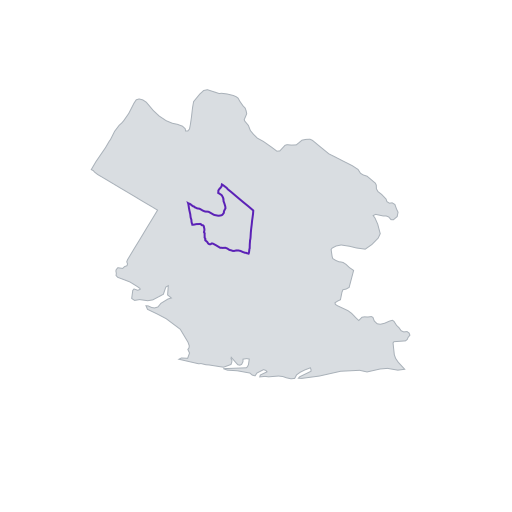 Lopè, Ogooué-Ivindo, Gabon (highlighted), rotated 301°
{"feature_id": "22940354B97125723234680", "entity_name": "Lopè", "entity_type": "district", "adm_level": 2, "iso_a3": "GAB", "parent_name": "Gabon", "parent_adm1": "Ogooué-Ivindo", "projection": "equal_earth", "projection_center": [11.763, -0.029], "detail": "fine", "context": "in_parent", "style": "outline", "palette": "violet", "viewbox_px": 512, "rotation_deg": 301, "n_neighbors": 0, "source": "geoboundaries", "source_scale": "gbopen_adm2", "svg_char_len": 6147}
<svg xmlns="http://www.w3.org/2000/svg" viewBox="0 0 512 512"><g transform="rotate(301 256 256)"><path d="M331.5,78.6L331.3,82.8L327.8,93.0L326.1,100.9L325.7,109.3L326.7,116.0L328.4,120.8L329.4,126.1L328.6,129.8L326.9,131.3L328.1,133.2L330.6,133.6L335.0,132.0L341.7,129.2L350.5,125.2L356.2,123.0L365.8,124.4L370.9,125.9L373.5,128.7L376.3,140.8L377.7,142.6L380.0,147.8L381.9,153.9L382.3,157.0L382.1,159.3L380.2,162.6L378.0,167.5L377.2,170.5L375.4,172.7L373.1,174.8L366.7,175.7L365.8,177.0L364.0,182.2L360.6,186.6L359.1,190.8L357.7,196.4L358.0,203.3L357.3,213.2L356.6,219.9L358.3,222.3L365.9,223.9L367.4,225.3L369.4,229.4L372.0,233.3L379.0,235.8L381.7,238.8L383.9,242.1L384.2,244.8L382.6,255.5L381.1,265.9L381.7,273.8L382.2,281.3L383.0,292.3L382.7,299.0L380.7,303.0L380.7,306.2L381.6,310.1L379.9,320.8L378.7,322.6L375.6,324.6L374.0,327.4L373.5,331.9L371.8,338.1L370.0,340.3L370.0,343.2L371.7,345.3L371.7,348.5L368.6,352.3L366.7,355.2L362.5,356.7L357.8,355.1L356.7,353.0L357.8,349.7L357.4,347.1L355.8,344.3L353.3,337.1L351.0,335.6L349.8,338.5L345.9,344.0L339.1,351.0L334.3,351.5L325.5,349.4L318.1,346.1L314.6,337.9L312.5,331.1L309.3,323.3L305.8,319.5L302.0,317.2L300.3,317.0L294.9,321.4L293.3,323.1L293.3,326.8L293.8,330.2L294.6,331.8L295.3,334.0L295.2,337.4L294.2,342.0L293.9,347.1L277.0,352.0L274.0,350.2L271.9,347.9L269.3,348.3L262.0,350.9L259.3,349.1L256.6,347.8L255.4,348.9L255.3,351.1L256.5,362.9L256.1,367.4L254.5,373.3L253.6,377.3L258.1,378.4L259.7,380.3L261.3,383.3L263.5,386.1L263.6,387.8L261.2,390.9L260.3,394.7L261.5,397.7L264.5,400.8L269.0,404.0L271.2,406.1L271.0,408.0L268.9,412.2L268.1,415.7L266.7,418.8L267.0,421.7L269.0,424.4L268.8,426.9L267.4,428.7L264.6,428.3L262.3,428.6L260.2,427.8L253.6,418.4L252.1,418.2L242.6,425.4L240.2,428.3L238.2,432.6L235.5,441.8L231.2,436.4L227.4,426.6L223.1,420.6L213.8,410.9L211.4,403.7L200.8,387.9L185.7,372.1L174.7,358.3L173.1,355.3L174.9,355.6L185.5,362.5L186.9,361.7L188.2,360.2L183.6,356.6L179.2,353.8L175.1,352.0L171.0,352.2L168.8,349.3L167.3,344.9L166.5,341.1L164.7,337.1L158.9,329.0L157.5,325.8L154.3,321.5L156.2,321.0L162.4,325.1L163.0,323.4L162.5,321.0L156.2,317.1L152.8,316.9L152.0,314.1L152.5,311.0L148.0,299.1L143.4,290.2L142.6,286.0L155.2,305.3L156.8,305.7L159.0,305.5L164.2,303.3L163.2,300.8L160.9,298.0L158.6,299.3L155.7,299.5L154.1,298.4L153.4,296.4L156.4,287.0L155.1,287.5L154.2,289.1L152.6,289.9L150.1,290.4L143.9,285.4L138.4,271.8L137.0,269.1L135.5,264.3L134.1,262.4L127.8,243.1L130.2,244.6L133.1,250.1L138.6,249.0L140.8,245.7L142.7,245.9L144.6,245.1L147.1,242.1L154.2,228.8L156.0,211.3L155.4,200.9L154.4,190.5L156.7,187.3L157.7,189.4L158.1,193.1L159.2,195.8L161.8,198.2L166.5,198.9L173.8,202.7L176.4,205.1L177.1,200.3L185.4,196.1L182.9,194.7L175.5,196.3L165.2,190.1L161.9,186.2L158.7,178.7L155.4,174.8L155.6,171.3L163.0,168.1L164.9,168.4L165.7,172.3L167.7,173.9L168.4,173.3L168.7,170.0L168.8,161.2L166.5,148.5L167.2,146.1L169.2,145.2L171.0,143.6L172.3,143.2L174.8,143.6L176.0,146.5L176.7,148.1L179.2,148.8L181.2,150.4L183.0,150.0L184.5,148.2L186.6,147.8L193.3,147.8L199.4,147.8L211.4,147.9L223.5,147.9L235.5,148.0L244.6,148.0L244.6,140.8L244.5,129.6L244.5,116.4L244.4,103.8L244.4,92.1L244.3,78.2L244.8,74.3L245.4,72.6L245.2,70.3L254.5,70.2L271.4,71.2L278.8,71.1L280.9,71.3L290.1,70.6L297.6,71.4L300.8,72.4L303.6,72.9L312.6,73.5L324.3,72.7L328.2,72.9L330.4,74.9L331.5,78.6Z" fill="#d9dde1" stroke="#a8b0b8" stroke-width="1"/><path d="M254.9,192.2L254.8,192.7L254.6,193.0L254.5,193.4L254.5,193.7L254.7,194.0L254.9,194.3L255.0,194.8L254.9,195.2L254.8,195.6L254.6,196.0L253.8,196.6L253.4,197.1L252.5,197.9L251.7,198.4L250.8,198.8L249.7,199.1L249.3,199.6L249.2,200.1L248.9,200.4L247.7,201.0L247.1,201.4L246.4,201.9L245.7,202.2L245.3,202.5L245.1,202.9L244.8,203.5L244.6,203.8L244.3,204.0L243.9,204.0L243.5,204.2L243.3,204.6L243.2,205.2L243.1,206.0L243.0,206.6L242.9,207.0L242.6,207.6L242.3,208.1L242.1,208.6L242.0,209.3L242.1,209.9L242.3,210.5L242.6,210.9L243.0,211.2L243.7,211.4L244.0,211.6L244.2,212.0L244.4,212.7L244.5,214.1L244.6,216.3L244.6,218.8L244.6,220.2L244.6,221.0L244.8,221.4L245.2,222.0L245.6,223.0L246.3,224.0L246.7,224.7L247.2,225.3L247.4,226.2L247.6,227.2L247.6,228.2L247.6,228.9L247.5,229.6L247.6,230.4L247.9,231.2L248.2,232.3L248.3,233.1L248.6,233.9L249.1,234.7L249.7,235.3L250.3,235.9L250.7,236.3L250.8,236.9L251.5,237.6L251.9,238.8L252.3,239.9L252.5,241.2L252.6,242.5L252.9,243.8L253.1,244.9L253.6,245.8L253.7,246.5L253.7,247.1L253.9,247.3L254.1,247.6L254.2,248.4L255.0,248.3L255.6,248.1L256.1,247.9L256.8,247.5L257.5,247.3L258.4,246.8L259.4,246.6L260.4,246.0L261.3,245.5L262.9,244.6L263.9,244.1L265.3,243.4L266.4,242.8L267.7,242.4L269.4,241.6L273.4,239.5L276.3,238.1L280.8,236.1L284.4,234.4L286.8,233.4L290.5,231.8L293.3,230.4L293.6,230.2L294.7,223.6L295.6,217.2L296.6,210.8L298.1,201.7L298.7,197.3L299.1,196.4L299.3,195.6L299.5,193.7L299.6,193.1L299.7,191.9L299.8,190.5L299.8,189.9L299.1,190.1L298.4,190.5L297.7,190.6L296.6,190.5L295.5,190.4L295.2,190.1L294.6,190.1L293.2,190.0L292.5,190.1L291.7,190.6L291.4,190.8L290.6,191.1L290.6,191.6L290.6,192.8L290.5,195.0L290.3,195.6L289.1,197.6L288.5,198.4L288.0,198.5L287.6,199.1L287.0,199.5L286.4,199.8L284.8,201.8L282.7,204.1L281.8,204.8L281.1,205.3L280.3,205.3L279.0,205.4L277.8,205.5L277.2,205.8L276.5,206.2L275.3,206.1L274.3,206.0L273.5,205.7L272.9,205.2L272.1,204.3L271.3,203.3L270.8,202.2L270.5,201.3L269.9,199.7L269.6,198.5L269.6,197.0L269.5,192.8L269.2,191.9L268.8,191.1L268.2,190.1L267.9,189.3L267.7,188.4L267.6,187.5L267.5,186.8L267.5,186.1L267.5,185.3L267.5,184.2L267.4,183.1L267.0,182.2L266.7,181.5L266.5,181.0L266.5,180.6L266.4,180.3L266.4,179.5L266.4,179.0L266.2,178.6L266.2,178.1L266.4,177.7L266.5,177.3L266.4,176.8L266.2,176.4L266.2,176.0L266.2,175.5L266.4,175.0L266.4,174.2L266.6,173.5L266.6,172.8L266.6,172.2L266.4,171.7L266.3,170.9L266.3,170.6L265.6,171.4L265.0,171.8L264.1,172.6L262.6,173.8L260.7,175.5L258.0,178.1L256.3,179.4L255.3,180.2L253.7,182.0L252.7,182.7L252.0,183.2L251.4,183.8L250.9,184.3L250.4,185.0L250.0,185.3L250.2,185.7L250.5,186.1L251.4,187.2L252.2,188.0L252.9,188.8L253.7,190.1L254.1,190.8L254.7,191.5L254.8,192.0L254.9,192.2Z" fill="none" stroke="#5b21b6" stroke-width="2"/></g></svg>